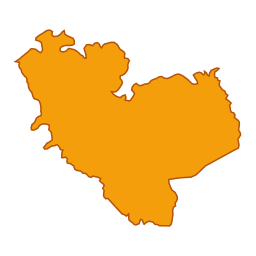 the district of Correia Pinto, Santa Catarina, Brazil
{"feature_id": "56859067B60834920358023", "entity_name": "Correia Pinto", "entity_type": "district", "adm_level": 2, "iso_a3": "BRA", "parent_name": "Brazil", "parent_adm1": "Santa Catarina", "projection": "mercator", "projection_center": [-50.399, -27.603], "detail": "fine", "context": "isolated", "style": "filled", "palette": "amber", "viewbox_px": 256, "rotation_deg": 0, "n_neighbors": 0, "source": "geoboundaries", "source_scale": "gbopen_adm2", "svg_char_len": 4052}
<svg xmlns="http://www.w3.org/2000/svg" viewBox="0 0 256 256"><path d="M64.2,30.6L62.4,31.8L61.1,33.5L59.5,35.0L56.9,36.3L53.6,36.5L51.8,34.6L52.4,31.6L50.3,30.3L48.1,30.1L45.5,31.3L43.3,32.9L41.5,34.0L39.5,35.2L37.4,36.7L36.0,38.0L35.7,40.0L39.1,41.1L41.4,42.6L41.8,45.7L42.4,48.2L42.4,50.6L40.5,52.7L37.8,51.1L36.1,49.5L33.3,48.8L31.0,48.8L29.6,50.2L27.7,52.2L25.5,53.8L23.4,55.6L21.8,56.8L20.3,58.3L17.8,60.1L15.4,61.6L17.7,62.0L19.5,62.5L18.9,64.9L19.3,67.3L21.2,69.9L21.8,72.4L23.2,74.4L24.7,76.4L26.3,77.3L27.0,79.6L26.9,81.9L28.3,83.7L28.4,86.3L28.9,88.4L30.0,90.4L31.9,92.8L32.8,96.1L34.2,98.8L36.8,99.5L38.8,100.6L39.8,102.3L40.6,105.1L41.0,108.7L40.8,111.3L41.4,113.5L41.0,115.6L38.3,116.6L36.3,118.3L35.2,121.2L33.9,123.0L32.0,124.6L31.1,127.8L31.5,129.8L33.3,130.2L35.3,129.5L37.6,128.3L39.1,126.2L40.3,124.8L42.6,124.1L45.1,123.9L49.1,124.9L49.2,127.7L48.7,129.7L50.1,130.9L51.4,132.8L51.8,136.1L52.3,139.6L51.0,140.9L49.0,142.2L46.9,143.2L45.5,145.4L43.6,147.4L44.8,149.1L47.3,148.8L49.8,147.2L52.2,145.9L54.4,145.8L57.0,144.6L59.3,146.8L60.4,149.6L62.9,150.1L61.9,152.5L61.8,155.0L61.7,157.6L63.8,157.7L65.6,157.1L67.5,159.1L66.8,161.4L67.5,163.2L70.1,163.5L71.8,164.6L73.9,166.1L74.6,169.0L76.5,170.4L78.4,170.7L80.7,171.0L83.0,173.3L85.2,173.3L87.0,174.6L88.7,176.6L91.2,177.4L92.8,176.1L95.3,176.6L97.9,177.2L100.7,178.6L99.5,180.7L101.1,182.4L103.1,183.8L104.2,185.5L102.7,188.3L104.1,190.5L103.7,193.3L103.5,195.3L104.2,197.2L105.9,198.8L107.8,198.4L121.9,213.8L124.8,214.9L126.4,216.1L128.5,214.0L128.7,217.5L129.0,220.0L130.8,221.5L132.7,222.9L134.2,224.5L136.1,224.9L139.0,223.7L139.9,221.1L140.6,219.3L142.4,220.2L143.0,222.2L144.1,224.3L146.9,222.1L149.4,221.2L151.2,221.7L153.1,222.3L154.9,224.3L157.7,224.6L159.3,225.7L169.7,225.9L171.1,224.3L172.0,221.0L172.3,218.3L172.9,214.8L172.7,211.6L172.9,209.1L173.6,207.2L175.5,205.9L175.2,202.9L176.4,201.3L177.3,199.2L177.3,197.1L176.5,194.9L174.8,192.2L173.4,191.2L171.9,190.0L170.8,187.8L169.9,185.5L169.0,183.1L168.7,179.5L180.0,177.8L191.2,177.1L196.2,174.7L205.6,165.8L232.5,151.1L238.4,148.0L239.0,145.2L238.6,142.6L237.9,139.3L239.6,136.7L240.6,134.8L240.2,132.8L238.6,130.1L239.1,126.4L239.4,124.0L239.1,121.7L237.9,120.2L236.2,119.0L234.3,117.3L235.1,115.2L233.8,112.9L231.3,112.2L230.4,109.9L230.2,107.6L229.5,105.6L231.1,103.1L228.3,100.5L225.8,98.8L226.9,97.0L227.8,95.2L225.7,93.6L224.9,91.1L222.4,89.8L220.6,87.3L219.2,85.4L219.4,83.2L219.9,80.8L217.9,80.2L217.3,77.8L215.1,77.5L214.5,75.1L214.8,72.0L217.3,70.4L219.0,68.5L216.9,68.0L214.7,68.8L213.0,69.7L211.2,70.4L209.7,72.8L209.0,76.0L207.5,75.0L206.5,72.9L204.5,71.4L204.9,73.7L203.4,74.8L201.4,72.9L199.2,72.2L195.8,73.3L193.3,75.1L194.5,77.1L196.0,79.5L197.2,81.3L197.6,83.7L194.5,84.3L191.9,83.6L189.8,81.6L187.6,79.4L185.6,77.9L183.7,76.5L182.0,75.5L180.4,74.7L178.6,74.1L176.7,74.3L174.4,75.1L172.2,76.4L169.9,77.5L167.3,78.5L164.5,78.2L161.6,76.5L159.0,76.9L156.8,78.3L154.7,79.0L152.7,79.8L151.1,80.6L149.5,82.6L147.6,83.8L144.7,84.1L142.2,85.1L139.9,85.8L137.9,84.7L136.2,83.4L133.9,84.8L132.2,87.2L131.6,90.1L133.4,91.7L134.5,93.6L133.5,95.8L131.9,98.1L130.9,99.8L129.2,101.0L127.3,100.5L125.2,100.1L126.0,97.6L125.2,94.9L122.5,95.8L120.2,97.6L118.0,97.0L115.7,95.9L112.9,93.8L111.4,91.7L114.3,92.0L116.1,91.6L118.5,89.4L120.4,86.6L121.8,84.3L122.4,82.3L121.7,80.4L120.0,78.4L120.3,75.8L122.1,75.3L124.3,74.1L125.6,72.8L127.3,70.3L128.0,68.1L127.8,64.7L128.5,62.4L129.4,60.7L127.9,58.6L124.5,58.0L124.5,55.7L124.9,53.5L123.6,51.6L122.0,50.4L120.4,49.6L119.2,47.9L117.8,45.3L116.5,44.0L114.0,42.3L110.6,42.4L107.3,43.4L104.8,43.9L103.1,45.2L101.6,47.9L100.2,46.4L99.5,44.3L97.3,42.6L94.6,43.3L92.6,45.7L89.6,44.6L86.6,44.8L85.2,46.8L84.1,48.5L84.6,50.6L85.8,54.0L86.2,58.1L84.3,58.0L82.8,55.9L80.7,54.8L78.7,52.8L76.8,51.2L75.0,50.0L72.9,49.3L70.9,48.9L68.5,48.5L66.4,50.8L64.6,51.6L62.3,52.0L60.2,50.8L60.1,48.6L61.7,46.6L64.6,45.7L66.6,45.4L68.8,45.5L70.9,45.4L72.7,45.0L74.2,44.0L74.4,41.1L73.1,38.4L70.6,37.2L67.2,35.7L64.8,34.1L64.2,30.6Z" fill="#f59e0b" stroke="#b45309" stroke-width="1.5"/></svg>